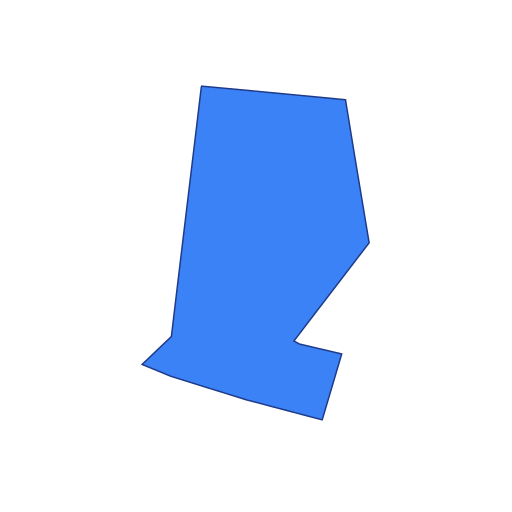 Nubariyya West, Al Buhayrah, Egypt, rotated 153°
{"feature_id": "37247803B65833428461725", "entity_name": "Nubariyya West", "entity_type": "district", "adm_level": 2, "iso_a3": "EGY", "parent_name": "Egypt", "parent_adm1": "Al Buhayrah", "projection": "orthographic", "projection_center": [29.948, 30.431], "detail": "fine", "context": "isolated", "style": "filled", "palette": "blue", "viewbox_px": 512, "rotation_deg": 153, "n_neighbors": 0, "source": "geoboundaries", "source_scale": "gbopen_adm2", "svg_char_len": 586}
<svg xmlns="http://www.w3.org/2000/svg" viewBox="0 0 512 512"><g transform="rotate(153 256 256)"><path d="M271.4,80.0L270.7,80.7L224.1,129.8L248.9,150.8L257.3,157.9L260.5,162.6L260.8,163.0L260.5,163.2L244.7,170.8L149.2,216.4L122.4,301.2L105.4,354.4L105.3,354.5L105.8,354.9L158.0,388.1L184.6,405.0L227.3,432.0L228.2,431.1L256.8,388.4L296.4,329.4L331.7,276.8L354.8,242.3L367.9,222.7L406.7,211.1L406.4,210.7L386.5,187.5L358.5,160.1L348.8,150.7L329.9,132.2L323.4,126.5L308.6,113.2L295.4,101.4L282.1,89.5L271.4,80.0L271.4,80.0Z" fill="#3b82f6" stroke="#1e3a8a" stroke-width="1.5"/></g></svg>